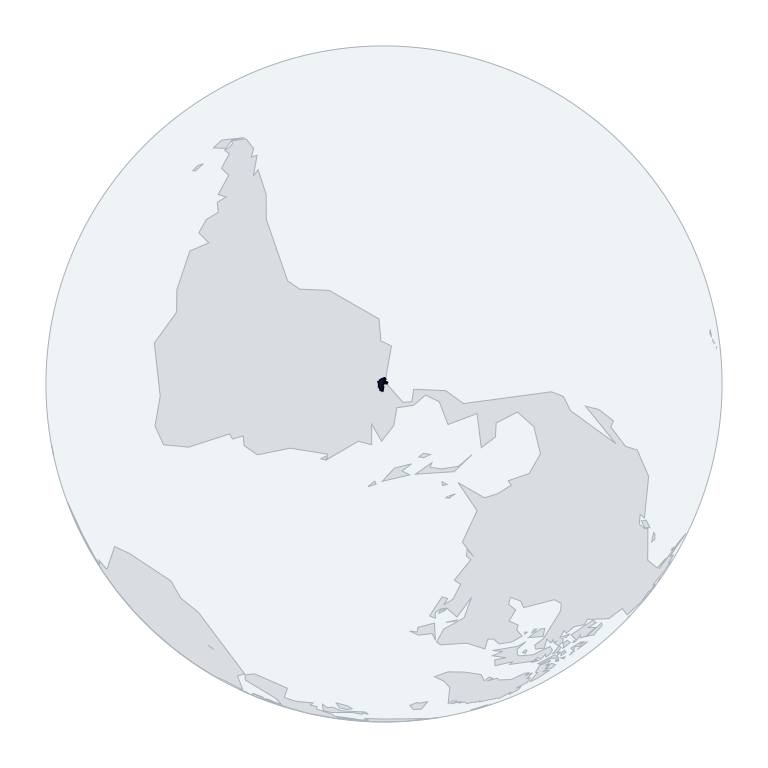 globe centered on Valle del Cauca, rotated 152°
{"feature_id": "COL-1408", "entity_name": "Valle del Cauca", "entity_type": "Department", "adm_level": 1, "iso_a3": "COL", "parent_name": "Colombia", "parent_adm1": "", "projection": "orthographic", "projection_center": [-76.797, 4.064], "detail": "fine", "context": "on_globe", "style": "filled", "palette": "ink", "viewbox_px": 768, "rotation_deg": 152, "n_neighbors": 0, "source": "natural_earth", "source_scale": "10m", "svg_char_len": 10262}
<svg xmlns="http://www.w3.org/2000/svg" viewBox="0 0 768 768"><g transform="rotate(152 384 384)"><circle cx="384" cy="384" r="338" fill="#eef3f6" stroke="#a8b0b8"/><path d="M375.9,358.9L367.9,355.3L360.1,365.3L332.7,349.2L323.0,329.4L239.8,298.5L231.5,288.8L231.8,272.8L207.3,222.4L216.5,269.8L206.3,260.7L198.8,243.8L203.9,239.5L200.0,215.5L191.4,206.8L193.7,178.2L216.9,143.5L219.1,148.5L224.4,140.5L221.9,134.3L219.0,132.3L233.9,104.6L229.2,93.4L216.7,97.8L228.1,91.6L197.0,106.5L187.4,110.4L205.1,101.5L212.1,97.4L208.9,97.1L215.5,93.0L217.7,90.9L225.8,86.4L235.5,82.8L240.9,80.1L238.3,80.2L244.8,76.6L247.7,76.7L259.4,70.7L277.7,66.0L279.0,73.9L295.8,71.3L315.0,80.7L320.0,77.5L330.4,80.5L340.0,78.4L340.8,81.8L347.8,77.3L345.3,74.8L347.5,72.2L352.9,71.0L354.9,74.7L352.5,75.9L355.9,76.4L354.5,79.0L358.3,77.1L360.0,82.4L366.4,75.6L374.5,78.7L373.5,82.8L363.0,84.2L334.7,100.6L330.5,107.0L334.9,113.6L365.6,121.0L365.2,128.1L372.5,136.3L377.5,130.9L373.7,122.8L384.8,116.0L378.7,108.1L382.4,104.6L380.4,96.6L392.1,96.2L404.5,100.5L406.8,107.4L412.3,109.9L419.4,102.7L432.5,116.3L456.6,127.2L458.7,131.6L446.3,139.5L423.0,140.0L406.9,154.5L428.9,144.0L433.9,156.7L439.6,158.8L446.0,158.1L448.6,153.1L452.7,157.8L432.6,168.8L428.5,164.7L434.9,160.9L424.0,161.7L410.4,171.1L414.0,177.8L389.8,188.1L392.0,193.4L388.0,199.2L386.0,189.8L389.1,207.5L361.2,228.5L364.9,262.1L348.8,236.4L335.4,233.8L319.3,234.8L319.6,240.2L297.9,236.8L278.6,248.9L271.7,276.0L279.3,296.6L303.3,296.9L310.5,284.9L328.0,282.1L315.7,314.2L346.5,318.2L343.5,342.4L352.5,354.8L367.9,351.3L383.8,357.0L394.9,342.7L413.0,334.7L413.7,354.4L423.4,336.2L433.7,345.5L469.5,344.1L466.8,348.6L497.0,371.4L529.0,380.9L536.4,395.1L532.7,404.2L543.6,406.5L543.7,412.4L586.3,420.0L607.2,433.9L605.9,454.4L587.2,478.5L567.6,527.9L533.3,544.8L522.8,564.3L492.9,592.6L472.4,590.9L476.5,604.4L463.6,612.7L449.7,613.4L445.9,622.8L435.6,623.1L441.4,629.2L423.1,641.2L426.3,650.7L412.5,660.0L415.0,665.3L410.4,665.2L405.1,667.2L404.1,670.2L390.7,665.2L388.6,652.9L394.8,646.6L388.7,645.5L401.8,628.9L394.6,632.3L399.1,606.6L410.6,584.8L420.7,520.3L414.0,507.4L388.5,492.4L357.9,443.8L366.5,423.5L359.6,414.1L382.1,385.3L375.9,358.9ZM70.3,279.1L72.8,271.5L72.4,276.1L70.3,279.1ZM73.5,267.1L72.8,269.6L73.2,267.5L73.5,267.1ZM73.4,265.7L73.5,266.7L73.0,266.3L73.4,265.7ZM72.8,264.9L73.2,265.0L73.0,265.3L72.8,264.9ZM363.3,273.7L398.5,289.6L378.7,292.0L382.4,288.9L373.5,282.2L356.8,276.3L339.4,280.3L363.3,273.7ZM73.0,261.2L73.2,260.1L73.8,259.4L73.0,261.2ZM378.6,254.6L372.5,253.4L378.5,253.2L378.6,254.6ZM216.6,132.3L221.2,134.7L221.0,142.4L216.5,140.7L216.6,132.3ZM217.9,119.6L221.9,119.0L215.6,126.3L215.2,124.3L217.9,119.6ZM206.3,102.5L208.8,102.7L204.1,104.1L206.3,102.5ZM216.6,91.5L213.8,92.9L216.1,91.3L216.6,91.5ZM374.1,97.6L377.2,97.1L376.0,98.8L374.1,97.6ZM370.4,94.8L366.8,97.1L364.4,96.1L366.7,94.7L370.4,94.8ZM230.6,83.2L235.3,80.7L232.2,82.5L230.6,83.2ZM375.4,92.3L360.8,94.3L356.8,92.7L362.1,86.4L375.4,92.3ZM256.7,71.0L249.5,74.0L246.6,75.6L244.2,76.4L239.0,78.8L244.9,76.1L256.7,71.0ZM342.1,74.5L345.1,77.2L337.5,76.2L342.1,74.5ZM336.7,74.7L310.4,77.4L308.7,73.6L317.9,73.1L311.6,69.8L323.7,66.5L329.9,67.6L328.6,70.5L334.2,67.2L336.7,74.7ZM279.0,62.8L277.4,63.3L275.8,63.9L279.0,62.8ZM347.8,71.1L342.6,71.7L340.8,68.3L350.8,66.6L348.2,68.2L347.8,71.1ZM304.1,70.9L304.5,68.5L314.4,65.1L315.9,63.8L323.9,66.2L304.1,70.9ZM351.3,68.4L355.9,66.0L361.7,66.7L352.7,70.4L351.3,68.4ZM336.1,68.3L335.7,66.8L339.2,67.0L336.1,68.3ZM385.0,69.0L378.8,69.1L377.3,67.2L385.0,69.0ZM357.2,65.1L355.2,64.9L353.9,64.4L358.0,63.1L357.2,65.1ZM330.3,63.9L334.4,63.2L327.6,62.7L334.7,60.6L338.7,62.8L340.0,61.0L342.2,60.4L343.0,63.0L330.3,63.9ZM358.4,60.4L366.0,63.3L377.7,63.2L379.3,64.8L360.2,64.7L358.4,60.4ZM349.3,61.6L355.3,61.1L354.3,62.8L349.6,64.3L349.3,61.6ZM338.1,58.7L326.1,61.2L325.6,60.8L338.1,58.7ZM362.0,59.9L360.1,59.3L362.9,59.7L362.0,59.9ZM345.7,58.5L341.5,59.3L341.1,58.7L345.7,58.5ZM359.7,57.6L362.2,58.3L359.1,59.2L359.7,57.6ZM353.5,57.7L353.9,56.7L356.5,59.0L351.7,58.1L353.5,57.7ZM345.9,57.8L344.3,57.7L347.8,57.6L345.9,57.8ZM370.2,54.4L374.2,57.1L367.3,58.8L364.3,55.7L370.2,54.4ZM412.7,675.5L391.6,667.1L403.7,670.9L413.1,666.3L423.8,672.6L412.7,675.5ZM440.1,663.3L450.4,660.6L452.6,662.1L445.9,664.3L440.1,663.3ZM629.0,151.3L619.9,142.6L626.7,149.6L637.1,160.1L644.4,168.7L650.0,175.6L642.5,166.4L624.9,149.6L627.0,156.9L645.4,187.8L643.3,192.3L634.5,189.0L612.1,160.7L619.2,154.1L611.3,145.6L596.4,135.7L599.8,135.0L594.6,130.7L596.0,128.5L584.7,116.6L584.1,114.2L566.9,102.0L564.2,99.6L575.2,107.2L582.4,111.8L579.7,108.5L605.4,128.7L629.0,151.3ZM524.6,76.7L538.2,83.5L545.7,87.4L551.7,90.7L572.2,103.6L576.1,106.7L555.4,94.3L558.6,98.0L541.2,88.1L500.0,66.8L493.0,64.1L524.6,76.7ZM706.1,486.1L707.6,481.3L709.2,475.8L706.1,486.1ZM718.9,428.8L720.9,392.4L720.8,367.3L719.6,357.9L718.3,362.0L715.9,350.9L714.3,351.6L698.2,367.0L688.3,353.8L664.6,310.2L664.0,290.4L655.1,269.5L643.1,193.4L650.4,195.0L652.1,180.7L654.0,182.3L664.5,197.6L671.2,205.9L683.9,228.3L694.9,251.7L704.1,275.8L711.5,300.6L716.9,325.9L720.4,351.5L721.9,377.3L721.4,403.1L718.9,428.8ZM658.7,229.2L661.7,235.4L661.8,235.4L658.7,229.2ZM470.6,343.8L474.9,347.5L469.3,347.7L470.6,343.8ZM376.1,300.0L383.4,300.3L387.4,303.3L381.7,304.3L376.1,300.0ZM438.0,299.3L446.4,300.9L437.7,302.6L438.0,299.3ZM404.0,291.7L431.2,298.9L414.3,304.8L397.1,300.6L408.9,298.7L404.0,291.7ZM375.4,265.6L380.0,266.9L378.7,270.4L375.4,265.6ZM382.9,254.5L381.1,254.9L378.8,252.1L382.9,254.5ZM435.1,156.1L436.8,155.3L443.4,155.7L440.5,157.8L435.1,156.1ZM471.5,146.1L477.3,153.9L471.2,149.4L468.3,153.2L451.7,149.2L458.9,133.6L458.6,141.0L471.5,146.1ZM431.5,141.0L441.2,144.4L430.3,141.4L431.5,141.0ZM564.6,112.3L569.4,113.9L575.3,119.0L576.0,124.9L567.5,117.2L564.6,112.3ZM574.9,115.3L554.2,102.9L552.9,99.7L557.1,103.4L558.4,102.5L565.5,108.4L584.5,118.6L590.9,124.0L588.7,130.2L585.9,124.7L581.4,123.1L574.9,115.3ZM503.6,85.9L494.7,83.0L503.5,79.4L510.9,82.7L512.1,88.0L504.1,87.3L503.6,85.9ZM387.6,81.9L383.6,82.8L383.0,81.5L386.0,79.7L387.6,81.9ZM382.2,69.2L404.5,77.3L401.1,78.5L418.2,83.1L415.8,88.4L404.8,85.0L415.8,93.1L404.8,92.2L413.3,97.7L389.0,89.6L379.5,89.9L390.9,87.3L393.4,82.3L391.7,80.2L379.7,75.0L360.7,74.3L360.1,70.1L364.7,67.4L369.2,66.9L368.2,69.6L374.9,67.1L376.8,70.7L382.2,69.2ZM419.4,51.3L416.4,52.4L430.2,52.4L432.2,54.1L433.7,54.0L439.3,55.9L448.8,58.4L448.1,59.2L452.1,59.9L455.9,61.6L461.1,63.0L461.8,65.3L468.2,67.3L464.8,67.3L475.7,70.5L467.9,69.3L472.1,72.0L477.4,71.7L468.4,85.3L470.7,93.6L476.8,101.8L462.6,99.8L447.8,91.6L434.8,81.9L434.7,74.8L428.3,75.8L426.4,72.9L432.2,73.3L422.1,71.1L422.0,69.0L410.4,63.3L395.7,62.6L391.1,60.9L396.9,60.2L388.3,59.2L396.0,57.0L392.8,56.0L397.3,53.4L410.2,53.4L405.7,52.4L408.9,51.0L419.4,51.3ZM371.8,53.6L386.8,52.1L395.2,52.7L383.9,57.2L385.6,58.4L378.7,62.4L366.6,61.7L369.7,60.6L369.9,59.3L373.6,60.0L370.8,58.6L375.0,57.1L373.9,55.8L379.1,55.5L371.8,53.6ZM649.8,176.1L650.1,176.1L649.2,174.6L655.1,182.3L649.8,176.1ZM638.2,164.7L637.6,163.2L645.5,172.2L645.1,172.6L638.2,164.7ZM630.6,155.2L636.9,162.4L633.3,158.8L630.6,155.2ZM573.9,105.8L572.4,104.4L574.9,106.0L578.8,108.8L573.9,105.8ZM460.9,55.4L457.8,55.0L455.8,54.5L444.6,52.6L442.3,51.7L448.0,52.5L460.9,55.4ZM456.5,54.1L452.2,53.3L453.7,53.5L456.5,54.1ZM439.9,51.1L440.6,51.0L440.7,51.4L439.9,51.1Z" fill="#d9dde1" stroke="#a8b0b8" stroke-width="1"/><path d="M380.3,388.7L380.0,388.4L380.0,388.2L380.3,388.1L380.6,388.0L380.8,388.3L380.7,388.1L380.6,387.9L380.7,387.7L380.7,387.8L380.8,387.8L380.8,387.7L380.9,387.4L381.0,387.3L380.9,387.3L381.0,387.4L381.3,387.5L381.2,387.4L381.1,387.2L380.9,387.1L381.0,387.0L381.1,386.9L381.4,386.8L381.6,386.9L381.5,386.7L381.7,386.4L381.8,386.4L382.1,386.3L382.0,386.2L381.9,386.3L381.8,386.2L382.0,386.1L381.7,386.1L381.6,385.9L381.8,385.9L381.9,386.0L382.0,386.0L382.1,385.9L381.8,385.9L382.0,385.8L382.1,385.7L381.9,385.6L382.0,385.4L382.1,385.5L382.1,385.4L382.1,385.2L382.4,385.2L382.5,385.1L382.6,384.9L382.3,384.9L382.2,384.8L382.1,385.1L381.7,385.2L381.3,385.3L381.1,385.2L381.0,384.9L381.0,384.7L381.3,384.5L381.2,384.6L381.5,384.5L381.4,384.5L381.4,384.4L381.6,384.2L381.6,383.9L381.4,383.9L381.3,383.7L381.3,383.8L381.3,384.0L381.2,384.0L381.2,383.9L381.1,384.0L380.9,384.1L380.9,384.3L380.9,384.5L380.8,384.8L380.7,384.8L380.6,384.7L380.3,384.4L380.2,384.2L380.3,384.1L380.3,383.8L380.2,383.6L380.5,383.4L380.7,383.2L380.8,383.2L380.9,383.3L381.0,383.3L381.1,383.2L381.3,383.0L381.4,383.3L381.5,383.4L381.8,383.3L382.0,383.4L382.3,383.7L382.4,383.8L382.5,383.8L382.8,383.8L382.8,383.7L383.0,383.7L383.2,383.8L383.4,384.1L383.6,384.2L383.8,384.2L383.9,384.3L384.0,384.3L384.3,384.4L384.6,384.2L384.8,384.0L385.2,384.1L385.3,384.1L385.3,383.9L385.5,383.7L385.8,383.5L386.1,383.3L386.1,383.2L385.8,383.0L385.7,382.8L385.8,382.5L385.6,382.4L385.5,382.1L385.9,382.0L386.0,381.9L386.1,381.6L386.0,381.4L386.1,381.0L386.2,380.9L386.5,380.7L386.8,380.4L386.9,380.2L386.9,379.9L387.0,379.8L387.4,379.4L387.7,379.1L387.9,378.7L388.0,378.5L388.1,378.4L388.3,378.3L388.5,378.6L388.6,378.8L388.8,379.0L388.8,379.3L389.0,379.3L389.1,379.2L389.1,379.3L389.1,379.5L389.1,379.8L389.3,379.9L389.5,379.8L389.5,380.1L390.0,380.1L390.4,380.2L390.4,380.4L390.4,380.5L390.2,380.5L389.7,380.5L389.5,380.8L389.4,381.1L389.4,381.6L389.5,381.7L389.4,381.7L389.4,381.8L389.5,381.9L389.8,382.0L389.9,382.3L389.9,382.6L389.8,382.9L389.8,383.0L389.7,383.1L389.7,383.3L389.6,383.5L389.9,383.8L390.0,383.9L390.2,384.1L389.9,384.3L389.8,384.6L389.7,384.8L389.5,385.1L389.1,385.7L389.1,385.9L388.9,386.1L388.9,386.3L388.8,386.5L388.7,386.8L388.7,387.0L388.5,387.3L388.4,387.5L388.4,387.9L388.4,388.0L388.4,388.3L388.4,388.5L388.3,388.9L388.2,389.0L388.0,388.9L387.7,388.9L387.3,388.7L387.2,388.6L386.6,388.6L386.4,388.5L386.1,388.4L386.0,388.6L386.1,388.8L386.1,389.0L385.9,389.2L385.9,389.3L385.7,389.3L385.6,389.5L385.4,389.6L385.2,389.6L384.9,389.5L384.7,389.6L384.2,389.3L384.1,389.2L383.9,389.5L383.7,389.7L383.3,389.7L383.0,389.5L382.9,389.5L382.9,389.4L382.7,389.3L382.4,389.2L382.2,389.1L381.9,389.2L381.8,389.3L381.7,389.3L381.4,389.5L381.2,389.4L380.9,389.2L380.8,389.3L380.7,389.3L380.5,389.2L380.4,388.9L380.3,388.7Z" fill="#0f172a" stroke="#020617" stroke-width="1.5"/></g></svg>